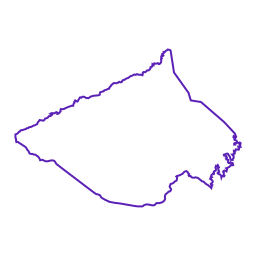 outline of Coribe, Bahia, Brazil
{"feature_id": "56859067B8540016804066", "entity_name": "Coribe", "entity_type": "district", "adm_level": 2, "iso_a3": "BRA", "parent_name": "Brazil", "parent_adm1": "Bahia", "projection": "albers", "projection_center": [-44.348, -13.779], "detail": "fine", "context": "isolated", "style": "outline", "palette": "violet", "viewbox_px": 256, "rotation_deg": 0, "n_neighbors": 0, "source": "geoboundaries", "source_scale": "gbopen_adm2", "svg_char_len": 5856}
<svg xmlns="http://www.w3.org/2000/svg" viewBox="0 0 256 256"><path d="M235.3,134.7L234.9,133.6L224.2,122.1L212.5,112.0L201.9,102.8L200.9,102.0L190.8,100.4L188.5,92.8L185.3,88.3L178.3,78.5L174.0,72.5L170.6,50.6L169.8,49.9L168.8,49.8L167.8,49.5L166.9,50.3L165.7,50.9L164.7,52.1L163.6,52.0L163.8,52.9L163.3,53.7L162.4,53.9L162.6,54.9L163.3,55.6L162.5,56.2L161.6,55.7L161.2,56.7L161.3,57.7L161.8,58.5L161.0,59.0L161.2,60.2L161.2,61.2L161.0,62.6L160.1,63.2L159.6,64.0L158.8,64.1L157.9,63.2L156.4,63.6L155.2,63.7L154.4,63.3L153.9,63.9L153.6,65.1L152.5,64.2L152.4,65.4L151.9,66.7L150.5,67.2L150.5,68.3L149.2,70.1L148.4,70.4L147.1,70.4L146.3,71.3L145.2,72.2L143.7,72.0L142.8,72.6L142.8,73.8L142.5,75.2L141.4,74.8L140.1,74.7L138.8,74.8L137.9,74.4L136.7,74.2L135.7,74.9L134.4,74.5L133.4,75.0L132.6,75.5L131.8,75.8L130.7,76.1L129.6,76.8L128.7,77.7L126.8,78.4L125.5,79.0L124.6,79.8L123.3,80.0L122.3,80.7L122.1,81.6L121.4,82.2L120.5,82.3L119.2,81.8L118.4,82.6L117.5,82.7L116.7,83.2L115.5,83.2L114.6,83.0L113.4,83.2L112.5,84.3L111.4,84.8L111.1,85.7L110.3,86.6L109.3,87.6L109.2,88.7L107.8,89.0L106.6,89.6L105.3,90.1L104.2,90.4L103.6,91.3L102.7,91.4L101.6,91.9L100.3,92.2L99.9,93.0L99.8,93.9L99.7,94.8L98.4,95.3L97.2,95.4L95.6,95.6L94.1,95.7L93.0,95.9L92.2,96.2L91.4,96.3L90.2,97.0L88.3,98.2L87.2,98.0L86.3,98.1L85.4,97.5L84.5,97.0L83.1,96.6L82.1,97.1L81.3,97.7L80.5,97.3L79.7,97.6L79.4,98.6L78.6,99.5L78.0,100.9L77.1,101.6L76.3,101.0L75.2,100.4L74.8,101.2L74.2,101.9L74.5,102.8L73.9,103.3L73.4,104.4L73.2,105.8L72.0,105.7L71.0,106.0L70.0,106.4L68.8,106.7L66.6,107.7L65.5,108.0L64.6,108.8L63.7,108.9L62.5,109.3L60.9,109.0L60.4,110.2L60.6,111.5L59.8,112.1L59.2,113.1L58.5,113.6L57.3,113.9L57.3,112.6L56.3,112.1L55.5,112.6L54.6,113.3L53.4,113.2L52.6,113.8L52.1,113.1L51.3,113.2L50.3,113.8L51.1,114.3L51.7,115.1L50.8,115.9L49.9,116.1L49.0,116.1L48.3,116.9L47.6,117.8L46.5,118.2L45.1,118.6L44.6,119.5L44.1,120.2L43.2,120.7L41.9,120.3L40.8,120.3L39.7,120.0L38.9,121.2L38.0,122.0L37.5,123.1L37.2,124.1L36.0,124.6L34.8,125.3L33.6,125.6L32.4,126.2L31.6,126.7L30.3,127.1L29.1,127.2L28.2,128.1L26.9,128.2L25.8,129.1L24.7,129.3L23.6,129.7L22.6,130.1L21.5,130.1L20.4,130.5L20.0,131.4L18.8,132.0L18.1,132.9L17.2,133.7L16.4,134.0L15.5,134.4L15.4,135.6L15.5,136.7L15.4,137.8L15.9,138.6L16.1,139.9L16.1,141.2L16.4,142.1L17.7,141.9L18.5,142.4L19.1,142.9L19.8,143.3L20.6,143.8L21.9,144.6L23.1,145.5L24.2,146.1L24.9,146.6L25.7,147.2L26.4,148.1L26.9,149.3L27.7,150.2L28.6,151.2L29.0,152.3L29.5,153.4L30.5,153.8L31.5,154.0L32.5,153.9L33.5,154.5L34.6,154.5L35.8,154.9L36.6,155.7L37.4,156.1L38.2,156.7L38.7,157.4L39.3,158.3L39.9,159.3L40.1,160.2L41.2,160.1L42.5,159.8L43.7,160.4L44.5,160.9L45.7,161.2L46.8,161.4L47.7,161.2L48.9,161.0L49.8,160.7L50.8,160.5L52.4,160.3L53.5,160.6L54.3,161.0L55.1,161.7L55.6,162.8L56.6,164.2L58.4,165.5L62.0,168.3L73.7,177.2L85.4,186.1L95.1,193.4L96.1,194.0L97.0,194.2L98.8,194.7L100.0,195.3L100.7,196.5L101.3,197.5L102.3,198.2L103.6,198.9L104.6,199.5L105.5,200.0L106.4,200.3L107.4,200.9L108.2,201.1L109.0,201.7L113.9,202.7L117.0,203.1L118.7,203.3L120.1,203.5L121.3,203.7L134.1,205.9L135.2,206.1L138.1,206.4L139.0,206.4L140.5,206.3L141.9,206.5L142.9,206.1L144.0,205.2L145.6,204.6L147.5,204.4L150.5,204.9L151.3,205.2L152.6,205.4L154.0,205.2L154.8,204.9L155.5,204.2L156.3,203.2L157.2,203.0L158.6,203.2L160.2,202.9L161.8,202.4L163.3,201.6L164.3,200.5L164.9,199.6L165.1,198.5L164.8,197.3L165.0,195.8L165.5,194.4L166.4,193.6L167.6,192.8L168.2,192.0L169.1,191.4L170.0,191.4L170.8,190.4L171.1,189.1L170.5,188.3L170.0,187.4L169.6,186.5L170.1,185.3L170.6,184.0L171.8,183.7L172.9,183.2L173.8,182.6L174.7,181.5L176.1,180.9L176.7,180.4L176.9,179.0L177.1,177.6L176.3,176.5L177.1,175.9L178.3,175.7L179.8,175.2L180.9,174.6L181.8,174.2L182.8,173.6L183.6,172.5L184.7,171.6L186.3,171.1L187.5,171.8L188.0,173.0L189.1,174.0L188.5,175.1L189.1,176.1L190.1,175.8L190.9,176.3L191.4,177.2L192.5,177.6L193.4,177.7L194.6,177.7L195.6,177.3L197.0,177.7L198.1,178.0L199.1,178.9L200.1,179.7L201.1,180.5L202.0,181.3L202.9,181.4L204.1,182.1L204.7,182.8L205.4,183.3L206.0,184.0L207.0,184.6L208.0,185.1L209.0,186.0L209.7,186.6L210.5,187.0L211.3,188.1L211.6,187.3L211.6,186.4L212.3,185.1L211.1,184.7L210.8,183.8L211.5,183.4L212.2,182.8L212.8,181.6L212.1,180.2L211.1,179.5L210.3,179.0L211.0,178.5L210.7,177.5L211.9,177.1L211.1,176.1L211.5,175.1L212.2,174.5L212.7,173.8L213.8,174.1L214.1,173.3L213.7,172.2L214.3,171.1L215.5,170.8L216.1,169.8L215.8,168.5L215.4,167.7L215.8,166.7L216.0,165.7L217.2,166.0L217.8,165.1L218.3,166.0L218.9,167.4L217.9,167.9L218.4,169.1L218.5,170.4L219.1,171.2L219.1,172.0L218.2,172.3L217.6,173.0L218.3,173.9L219.1,174.2L220.2,174.5L221.1,175.8L221.4,177.4L221.9,176.0L222.9,176.3L224.1,176.3L224.5,175.6L223.6,174.7L223.7,173.6L223.9,172.6L223.1,171.8L223.7,170.9L224.8,170.5L225.7,170.9L226.5,171.4L226.9,170.1L227.1,168.8L226.3,168.2L227.6,167.7L228.4,167.4L229.4,166.9L229.9,166.2L230.7,165.6L231.3,164.8L232.4,165.3L233.2,165.1L232.9,163.9L232.6,163.0L231.5,162.7L230.5,162.2L229.8,163.2L228.6,163.0L227.9,162.1L228.2,161.0L228.1,159.8L226.4,159.4L226.7,158.5L226.0,158.0L226.8,157.3L226.2,156.1L225.2,155.6L224.2,155.7L223.9,154.7L225.0,154.4L226.1,153.8L227.3,153.6L228.1,153.9L228.6,155.2L229.4,155.9L230.0,157.0L230.4,158.7L230.6,159.8L232.7,160.0L232.8,159.0L233.6,158.1L233.7,157.3L233.4,156.1L232.3,154.7L233.6,154.8L233.6,153.6L234.8,153.3L234.8,152.4L233.9,151.6L233.9,150.7L234.8,151.0L235.7,150.6L235.8,149.4L237.1,149.4L238.7,149.7L239.2,148.7L238.8,147.8L238.3,146.7L239.6,146.9L240.6,146.9L240.3,146.0L239.7,145.0L240.6,143.9L240.4,142.8L239.5,142.5L238.7,143.3L237.3,142.4L236.9,141.4L236.5,140.6L235.5,140.2L234.4,139.8L234.4,138.4L233.4,137.2L233.7,136.1L234.6,136.7L235.5,137.8L236.2,136.9L235.7,135.8L235.3,134.7ZM236.4,143.0L235.6,143.7L235.3,144.5L234.2,144.6L234.2,143.4L235.1,143.0L236.4,143.0Z" fill="none" stroke="#5b21b6" stroke-width="2"/></svg>